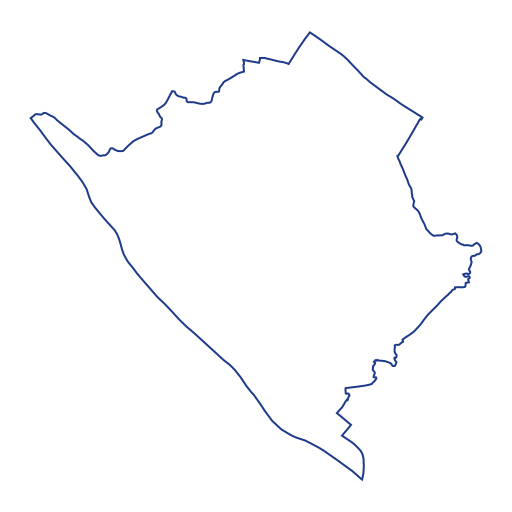 outline of Cau Ke, Trà Vinh, Vietnam
{"feature_id": "81297802B65507223487475", "entity_name": "Cau Ke", "entity_type": "district", "adm_level": 2, "iso_a3": "VNM", "parent_name": "Vietnam", "parent_adm1": "Trà Vinh", "projection": "mercator", "projection_center": [106.099, 9.855], "detail": "fine", "context": "isolated", "style": "outline", "palette": "blue", "viewbox_px": 512, "rotation_deg": 0, "n_neighbors": 0, "source": "geoboundaries", "source_scale": "gbopen_adm2", "svg_char_len": 6016}
<svg xmlns="http://www.w3.org/2000/svg" viewBox="0 0 512 512"><path d="M364.8,77.8L363.4,76.6L357.7,70.3L354.4,67.0L347.2,59.4L344.0,56.4L341.3,54.2L328.6,45.6L319.5,38.9L309.9,32.4L305.2,38.6L298.3,48.6L297.3,50.3L294.9,53.9L288.6,64.0L287.6,63.5L285.3,62.7L283.4,62.2L279.1,61.5L265.4,58.2L264.7,57.9L260.0,58.0L260.1,59.0L259.0,62.8L243.3,60.0L244.1,63.8L244.0,64.2L243.4,65.0L244.0,71.6L242.8,71.9L239.4,72.9L237.4,73.8L233.3,76.4L228.9,79.1L225.2,81.0L223.7,82.1L222.4,84.2L219.8,87.4L219.4,88.2L219.2,91.1L219.0,91.4L218.3,91.8L216.3,91.8L215.3,92.0L214.6,92.3L213.9,93.1L213.2,94.4L212.4,97.2L211.7,100.4L211.1,101.7L210.5,102.2L209.8,102.7L208.3,102.8L207.3,102.8L206.2,103.0L204.4,103.8L201.8,103.9L199.9,103.7L194.8,102.5L193.0,102.2L188.2,102.2L187.6,102.0L187.0,101.6L186.7,101.3L186.7,100.0L186.4,98.7L186.0,98.2L185.3,97.8L183.1,97.6L182.3,97.2L181.4,96.8L179.4,96.5L178.0,96.0L176.7,95.1L175.9,94.2L174.6,91.6L174.0,91.4L173.6,91.3L171.9,91.3L171.7,92.1L170.8,93.6L167.4,100.2L166.0,102.6L164.1,104.9L160.6,107.4L157.7,109.1L157.1,109.7L156.9,110.2L157.0,111.2L157.6,112.5L158.8,113.9L160.1,116.7L161.6,118.1L162.0,119.1L161.9,119.7L161.3,122.1L161.5,123.6L161.4,125.3L160.7,126.2L159.8,126.9L157.4,127.8L155.7,128.6L154.7,129.5L152.3,132.6L151.2,133.3L148.5,134.1L137.1,139.1L133.5,141.1L127.6,146.3L124.0,150.1L122.9,151.0L121.8,151.1L119.1,151.1L117.5,150.9L115.1,149.9L112.9,148.4L111.1,148.3L110.6,148.5L109.9,149.4L108.6,152.2L107.1,154.0L105.8,155.0L104.9,155.3L102.9,155.4L100.6,155.9L98.4,155.3L94.1,151.5L87.8,144.8L82.8,140.6L79.9,138.7L77.2,136.5L73.8,134.2L70.6,131.2L68.5,129.3L60.1,122.7L56.7,119.9L55.7,118.8L53.8,117.1L49.5,115.1L46.4,113.3L45.7,113.1L44.0,112.9L43.3,113.2L42.2,114.2L41.6,114.5L40.9,114.5L39.4,114.5L37.9,114.2L35.7,114.2L34.8,114.7L33.6,115.9L30.7,118.1L33.9,122.5L39.9,130.0L45.7,137.9L50.9,144.7L63.5,159.0L70.2,166.3L74.7,172.0L76.6,174.1L82.4,181.9L86.6,189.1L89.1,196.8L91.2,202.2L94.7,207.1L98.8,212.2L105.4,220.0L114.6,230.1L116.8,233.7L118.9,238.4L120.5,243.7L121.9,249.1L123.5,253.6L124.1,255.0L127.3,260.8L129.4,263.6L133.1,268.1L137.0,273.4L140.7,277.8L157.5,297.1L165.0,304.2L172.0,311.6L179.4,319.7L186.4,326.5L193.7,332.7L213.0,350.3L223.9,360.3L229.6,364.7L232.1,367.1L234.6,369.7L240.5,377.1L246.5,386.1L251.2,392.1L254.0,395.1L260.4,404.2L265.1,411.3L272.2,420.9L281.5,429.5L288.3,433.6L292.6,436.0L296.4,437.6L299.6,438.7L304.9,440.4L310.7,443.3L319.1,447.8L324.1,450.9L336.1,459.3L352.6,471.3L362.0,479.6L362.8,476.7L363.4,473.1L363.6,470.7L363.8,465.7L363.5,458.6L362.8,455.3L362.1,453.3L360.6,450.8L358.0,447.9L354.5,444.4L351.3,441.9L342.0,435.7L351.0,424.9L343.0,418.1L336.9,413.1L340.2,409.3L342.1,407.4L343.6,404.8L344.0,404.3L345.1,402.1L347.1,399.5L347.7,400.0L347.8,399.8L347.8,398.9L348.0,398.4L348.4,397.6L348.7,396.4L349.4,395.8L349.5,395.6L349.2,394.7L349.0,394.3L348.4,393.6L347.8,393.5L346.4,393.8L345.9,393.6L345.8,393.4L345.7,393.2L345.6,391.4L345.4,389.8L345.7,388.1L357.2,386.7L365.1,385.6L369.8,384.6L371.8,383.9L372.7,382.8L375.2,380.3L376.1,379.0L376.3,378.4L376.3,378.0L376.1,377.7L375.9,377.3L374.4,377.4L373.6,377.1L373.6,376.5L373.8,375.7L374.7,373.7L374.8,372.8L374.5,372.0L374.1,371.4L372.9,370.0L372.7,369.3L373.0,368.2L372.9,366.6L374.7,364.2L375.1,363.5L375.0,362.7L374.1,362.1L373.9,361.8L374.7,361.2L375.3,360.2L375.7,360.2L376.5,360.7L377.0,360.4L377.3,359.9L378.3,360.4L378.8,360.5L383.8,361.0L385.1,361.2L387.8,362.1L389.9,362.9L390.6,363.3L391.6,364.3L392.2,365.5L392.8,365.9L393.5,366.1L395.2,365.7L395.4,364.8L396.4,362.6L396.4,362.1L396.2,361.7L395.6,361.2L395.3,360.7L394.4,358.6L394.4,358.1L394.4,357.9L394.7,357.6L395.6,357.7L396.2,357.5L396.5,356.8L396.6,355.4L396.6,355.0L396.0,354.4L394.9,352.7L394.6,351.6L394.6,349.6L394.9,346.9L394.7,345.5L395.0,345.2L395.8,344.8L398.5,344.9L399.4,344.5L401.7,342.5L403.1,341.7L402.5,339.6L405.6,337.3L409.3,335.0L413.4,332.0L415.4,330.1L420.4,324.6L423.3,320.7L423.4,320.4L428.0,314.6L438.1,304.5L440.2,302.0L441.8,300.4L446.5,296.0L447.8,295.0L449.8,292.8L450.3,292.4L451.0,292.1L451.5,291.1L452.0,290.4L452.5,290.0L454.4,289.2L454.8,289.0L454.9,288.7L455.1,287.3L458.5,287.2L462.1,287.3L463.8,287.1L464.8,286.9L465.2,286.6L465.4,286.2L465.7,283.1L465.8,282.9L468.9,282.3L468.1,279.5L468.2,279.2L469.6,278.0L469.7,277.5L469.3,276.6L468.6,276.1L468.1,276.2L466.8,276.7L465.9,276.9L465.4,276.8L465.0,276.6L464.0,275.7L463.2,274.4L464.4,273.9L466.2,273.5L466.8,273.5L467.8,274.0L468.3,274.0L468.8,273.9L469.4,273.7L470.0,273.2L470.2,272.3L470.1,271.6L469.0,269.9L469.0,269.6L469.2,268.3L470.0,267.1L470.8,265.0L471.5,262.7L471.6,261.6L471.4,261.1L471.1,260.4L470.8,259.4L470.8,258.7L470.9,257.8L471.2,257.2L471.9,256.3L472.5,256.0L473.9,255.8L474.7,255.8L475.2,255.6L476.7,254.3L478.4,254.2L479.1,253.9L480.6,252.7L481.0,251.9L481.3,251.1L481.2,250.0L480.8,248.0L480.6,247.1L479.9,245.6L479.0,244.5L478.0,243.7L476.8,242.9L476.1,243.2L474.7,243.9L472.6,245.7L471.4,245.8L468.0,245.2L467.2,245.2L464.0,245.3L463.3,244.7L462.2,244.6L460.1,243.6L457.7,242.0L457.1,241.4L456.6,240.4L456.6,239.7L456.7,239.2L457.2,238.0L457.2,236.1L456.9,235.3L456.7,234.9L455.2,233.4L452.2,234.4L451.6,234.5L448.3,233.6L447.2,233.5L446.2,233.6L444.6,234.0L442.9,235.1L442.2,235.3L436.4,235.5L435.4,235.6L433.8,235.9L432.1,234.8L429.8,232.9L428.4,231.1L426.4,229.3L426.0,228.5L425.3,226.3L424.5,224.3L423.5,222.4L421.9,219.4L421.0,217.5L420.0,214.6L419.4,213.1L418.6,211.7L417.6,210.4L413.7,206.9L413.4,206.4L413.3,206.1L413.4,204.6L413.6,203.4L414.2,201.4L414.1,200.9L413.2,199.2L413.0,198.4L412.2,196.9L412.2,196.2L412.3,195.3L412.2,194.7L412.0,194.3L411.8,193.6L411.7,191.5L411.4,189.1L411.1,188.3L408.9,184.5L407.2,179.5L405.5,175.8L402.6,168.3L401.4,165.8L400.8,164.8L399.7,161.5L398.4,159.0L397.4,156.1L398.1,155.9L405.8,143.6L410.7,135.4L415.4,127.2L416.6,124.9L417.1,124.4L419.0,120.9L420.3,118.9L421.4,119.5L422.5,117.5L404.3,106.1L399.4,102.9L398.3,102.0L393.4,98.5L386.9,94.6L381.8,90.9L370.2,82.3L366.2,78.7L364.8,77.8Z" fill="none" stroke="#1e3a8a" stroke-width="2"/></svg>